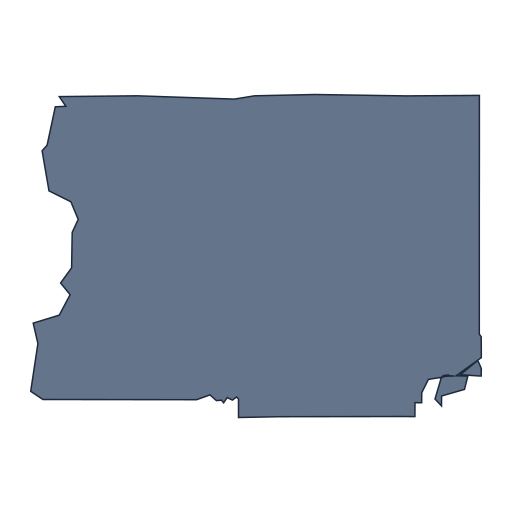 Boulder, Colorado, United States of America (Equal Earth projection)
{"feature_id": "52423323B35890552062284", "entity_name": "Boulder", "entity_type": "district", "adm_level": 2, "iso_a3": "USA", "parent_name": "United States of America", "parent_adm1": "Colorado", "projection": "equal_earth", "projection_center": [-105.3, 40.088], "detail": "fine", "context": "isolated", "style": "filled", "palette": "slate", "viewbox_px": 512, "rotation_deg": 0, "n_neighbors": 0, "source": "geoboundaries", "source_scale": "gbopen_adm2", "svg_char_len": 973}
<svg xmlns="http://www.w3.org/2000/svg" viewBox="0 0 512 512"><path d="M42.9,399.5L196.6,399.7L210.0,394.9L216.4,400.6L221.5,400.2L223.6,402.8L227.2,397.6L232.4,400.1L236.5,397.0L238.5,399.0L238.5,417.5L279.5,416.7L401.6,416.5L414.9,416.6L415.0,402.7L421.7,402.7L421.7,392.8L428.4,379.4L441.4,377.3L435.0,399.0L441.5,405.9L441.6,396.0L464.5,389.4L467.8,376.1L456.1,375.8L481.3,357.6L481.3,349.6L481.2,336.8L479.3,334.1L479.3,256.2L479.3,209.3L479.4,149.0L479.4,100.6L479.4,95.4L406.3,95.9L314.8,94.5L254.6,95.8L234.3,99.1L137.4,95.8L59.3,96.6L65.8,106.3L55.3,106.8L47.1,145.2L42.1,150.8L49.0,190.9L70.9,201.8L78.2,219.4L72.2,232.4L71.6,267.8L60.6,283.0L70.1,294.7L59.3,315.1L33.2,323.1L37.9,343.6L30.7,391.3L42.9,399.5ZM441.6,377.5L442.9,375.9L443.3,375.7L445.9,375.2L447.8,375.0L448.1,374.9L448.1,375.7L454.3,376.0L445.4,376.3L441.6,377.5ZM477.8,360.4L460.3,374.7L479.6,376.0L481.2,376.0L481.3,368.5L477.8,360.4Z" fill="#64748b" stroke="#1e293b" stroke-width="1.5"/></svg>